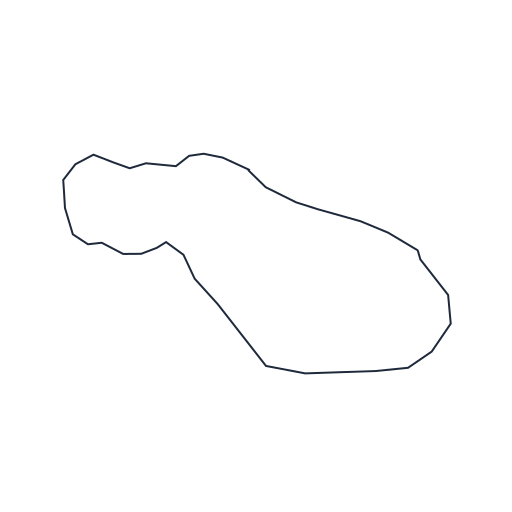 the district of Kungälv, Västra Götaland, Sweden, rotated 232°
{"feature_id": "70781695B99737060400485", "entity_name": "Kungälv", "entity_type": "district", "adm_level": 2, "iso_a3": "SWE", "parent_name": "Sweden", "parent_adm1": "Västra Götaland", "projection": "robinson", "projection_center": [11.966, 57.915], "detail": "fine", "context": "isolated", "style": "outline", "palette": "slate", "viewbox_px": 512, "rotation_deg": 232, "n_neighbors": 0, "source": "geoboundaries", "source_scale": "gbopen_adm2", "svg_char_len": 690}
<svg xmlns="http://www.w3.org/2000/svg" viewBox="0 0 512 512"><g transform="rotate(232 256 256)"><path d="M328.3,303.6L354.1,290.3L368.8,277.7L376.1,265.0L376.1,248.2L396.8,226.4L402.9,210.5L417.6,201.2L435.9,190.3L439.5,170.2L434.6,150.9L422.4,142.6L422.0,142.3L411.4,135.0L385.8,125.0L371.4,129.9L368.7,130.8L361.4,142.6L339.4,152.6L328.4,166.9L323.5,182.8L322.3,193.7L301.6,199.6L275.9,193.7L241.7,196.2L205.1,196.2L163.2,196.2L133.2,222.5L110.7,253.4L91.6,279.6L74.3,307.0L72.5,335.6L82.8,367.8L107.0,383.4L152.1,383.4L160.8,386.9L160.7,387.0L193.0,374.5L219.0,359.8L254.5,333.7L273.5,320.7L304.2,306.0L327.9,302.8L328.3,303.6Z" fill="none" stroke="#1e293b" stroke-width="2"/></g></svg>